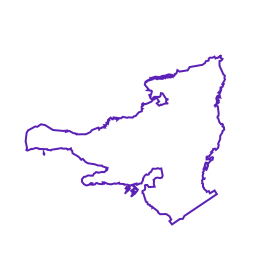 Weno, Chuuk, Federated States of Micronesia (Mercator projection), rotated 190°
{"feature_id": "79324940B39467357025683", "entity_name": "Weno", "entity_type": "district", "adm_level": 2, "iso_a3": "FSM", "parent_name": "Federated States of Micronesia", "parent_adm1": "Chuuk", "projection": "mercator", "projection_center": [151.86, 7.44], "detail": "fine", "context": "isolated", "style": "outline", "palette": "violet", "viewbox_px": 256, "rotation_deg": 190, "n_neighbors": 0, "source": "geoboundaries", "source_scale": "gbopen_adm2", "svg_char_len": 5760}
<svg xmlns="http://www.w3.org/2000/svg" viewBox="0 0 256 256"><g transform="rotate(190 128 128)"><path d="M43.9,91.0L43.8,91.6L45.5,91.3L46.2,94.2L45.9,96.2L46.6,97.2L45.8,98.9L46.5,100.5L46.3,101.4L43.5,100.4L43.0,102.5L45.9,103.1L45.7,106.2L45.2,107.5L43.3,107.3L43.6,106.1L42.6,103.6L43.0,106.7L40.8,110.4L39.2,111.5L39.2,113.7L39.6,114.0L41.7,113.0L42.0,111.4L45.2,110.7L45.3,111.4L44.2,112.1L45.5,112.6L45.5,113.4L43.3,114.3L40.8,118.5L41.9,118.8L40.2,121.3L40.5,122.0L38.8,122.8L37.6,121.7L35.8,124.1L35.7,127.1L36.5,127.9L35.3,133.2L35.8,136.2L34.2,140.3L34.4,141.4L33.0,143.0L33.7,145.5L35.0,145.7L35.4,146.3L34.9,147.5L35.8,148.4L37.1,148.0L38.9,149.4L40.8,153.1L41.7,153.7L41.7,155.1L41.0,155.7L41.2,157.9L43.3,164.9L45.7,165.5L46.0,164.7L46.5,165.3L46.0,166.1L45.1,166.2L45.0,167.3L44.0,168.2L45.0,168.7L45.1,169.4L43.5,171.0L44.3,171.6L45.5,171.0L46.2,172.4L45.8,174.4L45.4,175.1L44.4,175.1L44.6,173.6L42.6,173.9L43.8,175.2L43.2,175.6L44.0,176.2L43.3,179.5L44.4,178.4L45.1,178.5L43.8,180.4L43.0,183.6L43.8,183.2L43.9,184.0L42.1,184.9L41.5,187.5L42.4,187.1L42.8,187.4L40.9,192.6L41.7,193.9L41.8,196.4L43.4,197.4L48.7,205.2L49.5,209.9L47.8,210.6L46.9,212.4L49.0,213.1L49.0,215.2L49.6,215.3L51.8,212.6L52.4,212.7L53.9,211.7L55.2,213.3L57.2,211.8L59.5,211.5L60.5,210.4L60.3,208.4L62.9,207.3L63.4,205.5L65.5,203.2L77.9,198.7L79.2,195.2L87.0,192.5L89.4,193.6L89.7,190.6L90.9,188.8L91.8,189.9L91.2,188.8L91.6,187.4L92.9,187.5L92.8,186.3L93.8,186.8L94.2,185.6L95.1,185.1L96.4,185.1L96.8,185.6L95.9,185.6L94.7,187.9L97.2,187.9L99.7,186.5L97.9,186.2L97.8,184.5L99.3,184.5L99.9,183.6L101.0,184.4L101.5,183.1L102.8,182.3L107.5,181.8L106.3,182.2L106.1,183.4L107.4,183.5L107.4,182.6L108.4,183.0L108.5,182.1L107.8,181.8L108.3,181.2L109.3,181.5L109.4,182.4L111.1,181.9L109.8,181.3L111.7,181.4L112.0,180.3L114.7,178.9L114.0,180.1L114.7,180.7L114.7,180.0L117.9,177.5L117.8,176.4L118.8,176.4L119.0,173.6L114.5,169.7L115.5,168.6L111.4,168.8L110.8,168.2L111.1,164.9L112.2,164.5L111.7,163.7L112.4,163.7L110.9,161.1L110.0,160.7L108.7,161.6L107.6,163.2L102.3,164.1L101.6,165.3L101.6,168.0L99.9,168.0L95.3,163.0L94.1,163.3L94.0,162.8L95.2,162.6L95.0,160.3L94.5,159.3L92.6,159.2L96.1,158.4L99.1,156.4L99.8,156.7L100.9,155.5L101.7,155.6L104.0,157.4L102.0,159.4L104.8,162.6L106.5,162.2L106.7,161.0L108.4,160.0L109.5,158.0L114.5,154.7L116.6,154.5L117.4,155.0L118.1,154.4L118.2,153.2L117.0,152.7L118.3,151.0L117.7,149.3L117.1,149.3L117.7,148.5L117.3,146.9L120.2,145.2L122.5,141.2L124.3,140.4L125.1,139.1L129.3,138.6L130.6,137.9L135.0,138.1L136.5,136.4L139.8,136.0L139.8,135.5L138.7,135.5L140.0,134.0L140.2,135.8L140.8,136.1L141.9,136.0L141.5,135.1L142.0,134.8L142.8,135.1L142.7,135.9L144.1,135.9L144.4,134.0L145.0,133.9L146.8,135.2L147.8,134.1L147.7,133.0L148.5,133.3L149.1,132.4L148.9,130.2L148.3,130.8L148.4,129.1L149.2,129.9L150.2,129.4L149.6,128.1L150.4,127.0L151.5,126.8L151.0,126.4L151.6,125.8L150.7,125.7L151.3,125.2L150.8,124.4L153.7,124.1L154.2,123.3L155.5,123.0L156.2,121.5L157.4,123.2L163.1,119.7L164.3,117.5L168.4,114.5L177.3,112.9L177.5,113.3L178.0,112.9L179.3,113.6L180.7,113.4L185.3,114.9L188.2,113.6L187.9,114.8L191.0,113.9L201.5,113.0L210.3,116.5L214.4,116.5L217.4,113.5L219.6,113.4L226.0,108.3L227.0,105.7L226.5,97.1L223.9,90.6L224.3,88.7L223.1,88.3L219.4,90.7L218.8,90.5L215.2,92.4L212.4,92.3L212.1,91.9L203.8,93.1L203.5,92.5L200.0,92.6L199.8,93.2L189.8,96.7L188.9,96.3L185.2,97.0L183.9,96.4L183.8,96.8L182.3,96.7L180.7,98.0L179.8,96.1L179.0,95.9L178.2,93.5L172.1,91.3L169.5,89.6L169.3,88.9L168.4,88.6L167.1,89.7L164.1,87.3L161.4,86.3L154.6,86.5L151.1,85.9L147.0,86.4L146.5,85.8L142.5,85.3L142.4,84.3L141.2,84.9L141.2,83.2L143.9,80.3L145.7,80.3L149.6,78.7L150.8,79.2L152.1,78.8L152.4,78.0L153.5,77.2L154.4,74.9L159.3,74.3L161.4,72.6L162.9,72.3L164.5,69.5L163.9,67.0L161.6,65.0L158.9,64.2L155.1,66.0L154.9,66.6L155.6,66.5L154.9,67.4L153.6,67.3L154.2,66.0L153.3,65.8L150.5,66.9L150.3,67.8L149.1,68.5L147.3,67.9L143.6,68.2L143.1,68.8L142.0,68.8L141.9,69.5L142.9,69.5L143.4,70.1L142.0,70.4L138.7,69.5L135.1,69.5L131.3,71.2L130.4,70.9L128.9,71.5L127.3,72.5L126.9,71.6L122.2,72.1L121.8,71.5L118.8,72.1L116.2,71.7L117.7,68.0L117.1,70.5L118.4,69.6L120.0,69.7L118.2,68.9L117.9,67.5L120.7,68.5L118.0,67.1L119.6,62.6L118.2,65.8L117.5,65.6L117.0,66.7L117.7,67.0L117.5,67.6L116.5,67.2L115.7,68.8L116.8,69.2L115.6,72.0L113.5,72.3L110.6,70.1L114.0,66.7L113.1,66.0L112.4,66.5L109.8,64.6L108.7,66.5L110.9,66.5L112.4,67.8L110.6,69.5L109.7,69.5L107.9,68.3L107.6,68.9L113.4,73.1L109.9,74.8L109.6,73.6L108.7,73.9L107.1,75.2L105.1,75.8L104.1,79.7L104.5,80.4L103.4,83.7L101.9,85.5L100.6,85.3L99.5,85.9L99.0,87.8L97.7,88.8L96.6,92.2L92.6,92.9L91.7,93.6L89.8,93.3L88.2,93.9L85.6,87.1L86.0,85.1L87.6,84.2L90.2,84.3L92.0,83.6L93.8,81.2L93.2,80.6L92.9,77.4L91.6,74.8L97.3,73.4L99.1,75.2L101.0,74.9L101.3,74.2L100.6,72.1L100.7,70.1L102.8,68.3L102.4,66.4L101.5,66.2L97.5,58.5L96.0,58.1L95.2,56.2L93.1,56.1L92.7,55.1L90.7,54.8L90.3,53.7L89.9,54.3L84.0,51.1L83.7,50.0L81.4,48.7L75.5,49.9L71.8,48.3L69.5,45.3L71.0,43.5L67.9,40.7L61.2,47.3L58.2,48.1L57.2,51.2L29.0,78.3L31.9,81.5L36.0,77.9L37.5,79.9L39.4,78.8L39.8,79.6L42.7,81.4L42.9,82.4L43.9,83.0L44.4,85.9L45.4,86.3L45.3,87.7L46.0,89.1L45.3,90.8L43.9,91.0ZM110.8,63.5L111.3,64.3L112.2,64.4L112.1,63.1L113.2,60.8L110.8,63.5ZM103.8,184.8L101.6,184.6L100.1,185.8L102.5,185.6L103.8,184.8ZM111.8,182.3L113.6,181.4L113.3,180.3L112.7,180.5L111.8,182.3ZM104.9,184.1L105.3,183.7L105.7,182.5L104.1,183.7L104.9,184.1ZM206.0,87.3L205.8,87.9L206.7,89.1L206.5,87.6L206.0,87.3ZM44.3,169.4L44.1,169.0L43.1,169.3L43.5,170.2L44.3,169.4ZM110.4,183.0L110.4,182.4L109.1,183.1L109.2,183.3L110.4,183.0ZM98.9,185.7L99.9,185.2L99.8,184.7L99.0,185.3L98.9,185.7ZM43.5,168.2L43.7,168.7L43.6,168.1L43.5,168.2Z" fill="none" stroke="#5b21b6" stroke-width="2"/></g></svg>